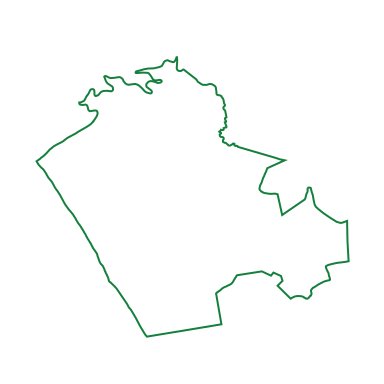 Chongoene, Gaza, Mozambique, rotated 80°
{"feature_id": "85939544B23893317259127", "entity_name": "Chongoene", "entity_type": "district", "adm_level": 2, "iso_a3": "MOZ", "parent_name": "Mozambique", "parent_adm1": "Gaza", "projection": "natural_earth1", "projection_center": [33.799, -24.885], "detail": "fine", "context": "isolated", "style": "outline", "palette": "green", "viewbox_px": 384, "rotation_deg": 80, "n_neighbors": 0, "source": "geoboundaries", "source_scale": "gbopen_adm2", "svg_char_len": 5898}
<svg xmlns="http://www.w3.org/2000/svg" viewBox="0 0 384 384"><g transform="rotate(80 192 192)"><path d="M56.7,183.4L56.6,183.8L59.1,185.3L60.1,186.2L60.9,187.3L60.7,188.5L59.2,191.4L58.0,193.2L58.1,194.6L58.4,196.0L59.2,197.0L61.6,198.9L62.6,199.9L63.0,201.1L63.3,202.5L63.5,207.2L63.5,208.9L62.8,213.9L62.8,218.0L63.2,221.5L63.4,224.4L63.5,226.0L64.1,226.6L64.5,226.8L64.9,226.7L65.2,226.4L65.8,220.2L66.9,215.1L67.7,213.9L70.4,212.4L74.1,211.0L75.2,209.8L75.8,208.8L76.0,204.2L76.4,203.2L77.0,202.7L77.7,202.6L78.3,203.1L78.7,203.8L78.8,205.8L78.6,206.9L77.0,209.6L76.1,211.7L75.6,213.4L75.6,214.5L76.1,216.1L77.6,218.0L78.6,218.5L79.8,218.6L80.8,218.3L85.1,214.3L86.5,214.1L87.2,214.4L87.6,214.9L87.7,215.7L87.4,216.8L86.2,219.2L85.5,220.2L84.5,221.1L81.4,223.0L77.6,226.0L76.4,227.8L75.8,229.0L75.6,230.2L75.7,230.9L75.5,232.2L75.4,235.9L74.5,237.7L73.5,238.7L71.4,240.0L68.5,240.8L67.2,241.9L66.5,242.9L66.1,244.4L66.1,248.3L65.7,252.4L65.1,253.5L62.9,256.6L62.7,257.3L62.9,258.0L63.2,258.4L68.3,257.4L70.3,256.4L74.3,252.2L75.7,251.8L77.6,252.0L78.5,252.9L78.8,253.9L78.7,254.5L77.6,258.0L77.1,261.9L77.7,264.3L80.5,267.7L80.4,268.5L80.8,269.6L80.6,270.5L79.9,271.0L79.1,271.1L75.4,270.6L74.7,270.7L74.0,271.0L73.5,271.7L73.4,272.7L73.4,273.6L73.8,274.4L74.6,275.0L76.9,276.6L78.2,277.8L78.4,278.2L78.9,278.5L79.0,278.9L82.7,281.7L83.0,282.2L83.3,282.4L84.0,284.0L84.0,284.5L84.3,285.4L84.4,287.1L84.3,287.5L85.4,287.6L85.8,287.5L86.3,287.2L86.6,286.7L87.0,285.7L87.4,284.0L87.4,281.7L88.0,280.7L88.8,280.3L89.8,280.0L93.0,279.8L93.8,279.5L94.7,278.5L94.8,273.6L95.2,272.2L95.5,271.7L96.9,271.2L98.1,271.3L99.5,271.8L101.5,273.2L103.2,274.9L103.7,275.2L104.0,275.7L104.8,276.3L104.9,276.7L105.4,276.9L105.7,277.5L106.1,277.7L106.2,278.1L107.0,279.1L107.9,280.5L109.7,284.7L113.2,294.4L114.1,296.0L114.1,296.4L114.7,297.8L114.9,298.9L115.2,299.5L116.6,303.9L117.3,305.7L119.1,309.2L119.5,309.7L119.8,310.5L120.8,313.5L121.7,316.6L123.0,320.2L123.8,321.7L124.1,322.0L125.4,324.6L128.7,328.8L129.9,330.7L130.2,330.9L130.4,331.5L130.7,331.8L130.9,332.4L131.2,332.7L131.4,333.2L132.2,334.9L132.9,335.8L134.7,339.7L135.8,339.4L138.7,338.2L141.7,336.3L143.4,334.9L144.5,334.2L149.5,332.1L150.4,332.0L151.0,331.6L152.7,331.1L157.4,328.4L162.3,326.6L162.8,326.6L166.5,325.0L167.3,324.5L172.6,322.3L181.7,319.3L187.4,316.6L191.3,314.3L192.7,313.6L193.2,313.2L196.1,312.1L197.2,311.5L199.0,311.0L202.5,309.7L204.5,308.7L204.9,308.4L208.1,307.0L208.5,307.0L209.6,306.4L210.8,306.0L212.4,305.3L212.8,305.3L213.8,304.9L215.0,304.3L216.5,304.0L218.4,303.3L218.7,303.3L226.1,300.3L226.5,300.3L229.0,299.4L229.4,299.5L233.2,297.7L234.7,297.0L236.4,296.3L238.8,296.1L245.1,295.0L247.1,294.2L248.9,292.9L250.0,292.4L251.0,292.3L253.0,291.6L253.5,291.7L255.0,291.4L255.8,291.0L256.3,291.1L257.8,290.6L258.5,290.3L259.0,290.3L262.0,289.4L265.1,289.3L266.3,288.7L266.8,288.0L271.2,284.8L274.1,283.0L281.9,279.5L291.2,275.3L294.8,274.2L297.3,272.6L305.5,269.5L315.1,266.4L324.0,263.0L326.6,261.5L327.4,186.0L296.1,185.9L295.2,184.7L294.9,183.7L294.5,183.3L294.1,182.0L292.0,178.5L291.3,176.6L290.8,174.1L290.3,172.9L290.3,172.5L289.9,171.0L289.2,169.3L288.9,168.9L288.7,168.4L287.1,166.8L286.0,166.0L284.5,164.6L284.1,164.4L283.6,163.7L282.6,163.0L281.8,162.1L282.3,137.0L288.1,128.7L285.5,125.8L290.2,118.9L295.2,118.3L299.2,124.0L314.2,113.3L313.5,111.9L313.4,111.0L313.0,110.2L312.8,109.2L312.7,106.7L313.2,104.0L313.6,102.6L314.2,101.2L314.9,100.3L315.3,100.1L315.4,99.7L316.1,99.1L316.5,98.3L316.8,98.2L317.1,96.7L316.4,95.3L315.6,94.6L315.4,94.1L315.0,93.9L314.9,93.3L314.5,93.1L314.4,92.7L313.2,92.0L312.5,91.9L310.1,92.0L309.7,91.9L308.8,91.4L307.9,90.1L307.5,89.8L306.5,86.9L304.9,83.4L304.9,83.0L304.1,80.9L304.1,80.5L303.3,78.3L302.8,75.1L302.7,72.1L302.6,71.6L302.2,71.3L300.2,71.3L298.7,71.6L295.3,71.7L293.4,72.4L292.9,72.4L292.2,72.7L289.6,73.2L288.9,73.2L288.5,73.1L288.2,72.6L287.5,70.5L287.3,67.5L287.2,67.0L287.0,61.2L287.4,54.2L287.4,49.8L268.0,47.5L247.4,44.3L248.3,49.1L248.3,50.7L248.0,51.7L246.5,54.7L241.1,60.7L235.9,66.0L233.5,68.2L232.3,69.1L231.2,70.2L229.5,71.5L228.3,72.4L227.0,73.0L225.5,73.4L221.8,73.6L216.1,73.6L214.3,73.8L213.7,74.0L208.6,74.4L208.3,74.9L207.9,76.2L207.9,76.7L208.6,77.5L209.8,77.8L210.6,77.8L212.2,78.4L213.5,79.5L216.2,80.7L218.1,81.6L218.9,82.2L230.3,107.2L209.1,108.1L208.0,110.6L207.6,114.3L207.0,116.8L206.2,118.9L205.9,120.1L204.8,122.2L204.4,122.4L204.2,122.9L203.8,123.1L203.6,123.6L202.0,124.7L201.3,125.0L200.4,125.0L197.9,124.0L197.6,123.7L197.0,123.5L196.1,122.9L195.9,122.6L195.5,122.4L195.1,122.0L190.5,119.5L188.7,118.1L187.1,117.3L186.8,116.9L186.3,116.7L184.5,115.3L183.7,115.0L181.6,113.6L176.9,95.2L175.0,99.9L172.5,104.6L155.6,138.8L155.4,139.0L154.7,139.2L154.3,139.8L154.2,140.2L154.3,140.9L153.6,142.0L152.9,142.2L152.1,141.8L151.8,142.0L151.5,142.6L151.4,143.1L152.2,144.4L152.9,146.5L152.6,147.6L152.4,148.1L151.5,148.5L150.8,149.2L149.7,150.0L149.4,150.4L149.2,151.3L148.5,152.1L148.3,152.6L147.8,152.8L146.1,152.4L145.4,151.6L144.6,151.4L143.7,151.7L143.2,152.5L142.6,154.2L142.3,154.5L141.6,154.8L140.4,154.8L139.4,153.3L138.8,153.2L138.0,154.3L137.3,154.7L136.3,152.8L135.8,152.6L136.2,151.9L136.3,150.3L135.8,149.9L134.6,149.8L134.3,149.0L134.3,147.0L133.7,146.7L133.1,146.7L130.9,147.2L129.0,147.5L128.7,146.2L128.2,146.1L126.9,146.7L125.5,146.8L125.1,146.7L124.5,145.1L117.8,145.2L117.2,145.5L115.9,146.4L114.4,146.5L113.6,146.0L112.9,144.8L112.0,144.4L110.3,145.0L106.7,145.0L105.2,145.3L104.0,146.2L102.9,146.3L102.5,146.7L101.6,147.8L101.3,149.0L100.6,150.4L100.1,150.7L99.4,150.8L96.9,150.5L93.1,150.4L91.8,150.9L90.2,152.5L89.4,153.6L88.7,155.5L88.7,156.3L89.0,158.3L89.0,159.4L88.4,162.4L87.9,163.5L84.6,167.0L83.2,167.7L82.4,168.0L82.1,168.0L70.2,178.7L69.9,179.2L69.9,179.6L70.7,181.2L70.9,182.4L70.4,184.0L69.6,185.0L68.7,185.4L67.7,185.6L60.3,183.8L56.7,183.4Z" fill="none" stroke="#15803d" stroke-width="2"/></g></svg>